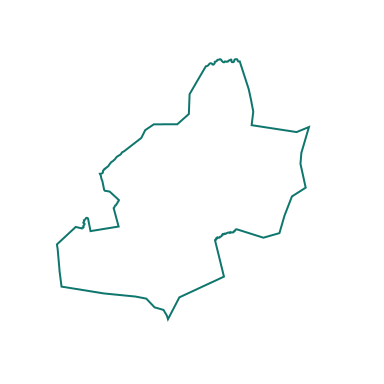 Xotont, Arhangay, Mongolia, rotated 204°
{"feature_id": "93677404B64781784389022", "entity_name": "Xotont", "entity_type": "district", "adm_level": 2, "iso_a3": "MNG", "parent_name": "Mongolia", "parent_adm1": "Arhangay", "projection": "mercator", "projection_center": [102.447, 47.245], "detail": "fine", "context": "isolated", "style": "outline", "palette": "teal", "viewbox_px": 384, "rotation_deg": 204, "n_neighbors": 0, "source": "geoboundaries", "source_scale": "gbopen_adm2", "svg_char_len": 4024}
<svg xmlns="http://www.w3.org/2000/svg" viewBox="0 0 384 384"><g transform="rotate(204 192 192)"><path d="M201.5,330.7L201.8,330.5L202.1,330.4L202.4,330.2L202.8,330.1L203.0,330.2L203.4,330.3L203.8,330.6L204.2,331.2L204.5,331.5L205.1,331.5L205.8,331.3L206.6,330.7L206.9,330.3L206.9,329.8L206.8,328.9L206.8,328.1L206.9,327.6L207.3,327.3L207.8,327.1L208.4,326.9L208.9,327.3L209.2,327.5L209.3,328.0L209.6,328.5L209.8,328.8L210.1,328.9L210.3,328.8L210.6,328.6L210.9,328.1L211.3,327.6L211.8,327.1L212.1,326.7L212.0,326.3L212.0,326.1L212.2,325.9L212.4,325.9L212.6,325.7L213.1,325.2L213.4,325.0L213.8,325.0L214.3,324.9L214.7,324.8L215.0,324.7L215.1,324.3L215.2,323.8L215.5,323.6L215.8,323.4L216.4,323.4L216.8,323.4L217.2,323.6L217.6,323.8L217.9,323.8L218.1,323.9L218.4,324.0L218.7,324.4L219.1,324.6L219.6,324.8L220.2,324.8L220.7,324.5L221.3,323.7L222.0,323.4L222.4,323.1L222.6,322.7L222.7,321.6L222.9,321.3L223.2,321.1L223.5,320.8L223.9,320.5L224.1,320.1L224.0,319.7L223.7,319.1L223.7,318.5L223.9,317.9L224.1,317.3L224.3,317.1L224.8,316.9L225.2,316.8L225.7,317.2L226.0,317.3L226.7,317.4L227.3,317.2L227.8,316.9L228.2,316.2L228.4,315.4L228.8,314.1L229.4,313.3L230.5,312.4L232.6,293.5L234.0,280.4L226.6,262.0L233.0,247.9L254.4,238.3L259.9,229.5L260.3,220.8L270.4,202.0L271.1,200.9L271.8,200.2L272.0,199.6L272.2,199.0L272.3,198.2L272.4,197.6L272.7,196.9L273.2,196.3L273.7,195.5L274.2,194.8L274.6,194.2L275.0,193.5L275.3,192.7L275.4,192.1L275.5,191.5L275.7,190.8L275.9,190.1L276.3,189.4L276.6,188.6L276.8,188.1L277.1,187.6L277.7,186.9L277.9,186.5L278.4,184.7L278.7,183.2L278.9,182.6L278.9,181.8L279.1,181.2L279.5,180.8L279.6,180.4L279.8,180.1L280.1,179.4L280.6,178.8L280.6,178.5L280.6,178.0L280.8,177.9L281.1,177.8L281.3,177.6L281.4,177.3L281.5,177.0L281.5,176.4L281.6,175.9L281.9,175.6L281.9,175.2L281.7,174.5L281.4,173.6L281.4,173.1L281.5,172.8L281.8,172.4L282.1,172.1L282.4,171.9L282.7,171.6L283.5,171.2L282.0,169.9L280.1,167.2L278.3,165.5L275.3,161.3L274.1,159.6L273.3,158.4L272.2,157.7L267.4,158.9L255.5,154.9L255.4,154.7L255.4,154.1L255.6,153.6L255.7,152.9L255.7,152.2L255.7,151.5L255.8,151.3L255.9,150.8L256.0,150.3L256.0,149.6L256.1,149.2L256.2,148.8L256.6,148.6L256.7,147.9L256.7,147.2L256.8,146.0L257.0,145.4L245.0,130.6L268.8,115.0L274.1,122.5L276.2,125.5L277.5,125.7L278.2,125.1L278.4,123.6L278.7,122.6L279.2,122.2L278.6,121.4L278.6,120.7L278.9,120.1L278.8,119.7L277.2,119.2L277.0,118.6L277.5,116.9L277.4,116.5L276.7,115.9L276.8,115.2L277.8,114.7L278.0,114.3L277.9,113.9L284.0,112.8L294.1,89.2L291.5,85.2L281.3,66.8L281.1,66.3L272.7,52.5L231.5,63.4L201.1,73.5L190.4,76.0L179.3,71.4L170.1,72.7L164.5,68.7L162.2,66.0L160.7,90.6L128.4,127.7L143.9,147.7L151.3,157.2L151.4,157.4L151.4,157.6L151.2,157.7L151.0,157.9L151.0,158.2L150.8,158.2L150.5,158.4L150.5,158.7L150.6,159.0L150.9,159.2L150.8,159.4L150.7,159.6L150.8,159.8L150.5,159.9L150.3,160.1L150.4,160.4L150.5,160.7L150.4,160.8L150.1,160.6L149.8,160.5L149.7,160.7L149.7,161.0L148.9,161.2L148.6,161.3L148.4,161.5L148.2,161.7L148.3,162.0L148.3,162.4L148.1,162.6L147.7,162.9L147.4,163.2L147.1,163.7L147.0,163.9L147.0,164.1L147.1,164.4L147.1,164.6L146.9,164.6L146.7,164.8L146.6,165.1L146.7,165.5L146.8,165.9L146.8,166.0L146.5,166.0L146.4,166.1L146.2,166.4L145.9,166.3L145.7,166.4L145.5,166.5L145.4,166.8L145.4,167.1L145.2,167.3L144.9,167.1L144.7,167.1L144.4,167.5L144.2,167.6L143.9,167.9L143.8,168.2L143.7,168.3L143.5,168.7L143.1,169.1L142.8,169.4L142.4,169.6L142.1,169.8L141.7,170.1L141.5,169.9L141.2,170.0L140.7,170.0L140.4,170.3L140.4,170.8L140.1,170.7L140.0,170.8L139.8,171.0L139.5,171.2L139.0,171.2L138.6,171.5L138.3,171.8L138.1,171.9L137.9,172.0L137.7,172.1L137.7,172.4L137.7,172.7L137.8,173.0L137.7,173.2L137.6,173.4L137.3,173.4L137.2,173.5L137.1,173.8L137.0,174.0L137.0,174.3L136.8,174.7L136.9,175.4L136.4,175.9L135.5,176.2L108.2,179.3L95.4,190.0L97.9,208.2L97.9,208.4L98.9,228.6L89.9,242.2L104.4,261.9L108.0,272.2L111.5,298.3L111.6,298.9L120.8,289.3L164.7,277.3L168.7,290.3L175.5,300.1L182.0,309.0L201.5,330.7Z" fill="none" stroke="#0f766e" stroke-width="2"/></g></svg>